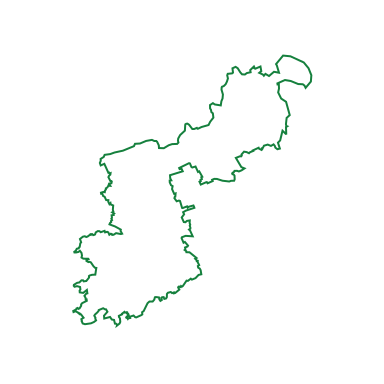 the district of Hama, Hamah, Syria, rotated 345°
{"feature_id": "27442178B84195179221003", "entity_name": "Hama", "entity_type": "district", "adm_level": 2, "iso_a3": "SYR", "parent_name": "Syria", "parent_adm1": "Hamah", "projection": "orthographic", "projection_center": [36.877, 35.227], "detail": "fine", "context": "isolated", "style": "outline", "palette": "green", "viewbox_px": 384, "rotation_deg": 345, "n_neighbors": 0, "source": "geoboundaries", "source_scale": "gbopen_adm2", "svg_char_len": 5986}
<svg xmlns="http://www.w3.org/2000/svg" viewBox="0 0 384 384"><g transform="rotate(345 192 192)"><path d="M257.1,87.1L256.2,88.4L256.1,91.6L254.3,94.4L252.4,96.6L250.1,97.9L248.2,98.1L247.7,98.7L247.0,100.8L247.1,105.8L245.7,109.6L243.9,111.9L242.2,115.8L236.6,113.3L235.2,111.6L231.9,112.7L231.1,116.0L231.6,117.5L231.4,119.8L232.5,121.4L231.9,125.7L227.8,128.8L225.3,131.6L218.0,131.7L214.3,132.4L213.7,132.3L213.3,131.3L210.5,131.7L208.6,131.2L206.6,126.3L205.3,124.8L204.1,124.6L203.1,124.9L202.7,125.8L201.0,130.9L195.3,133.9L192.5,136.8L191.7,138.9L191.7,140.7L190.1,141.7L185.2,140.6L181.7,140.8L176.1,142.4L171.5,141.0L172.0,138.3L171.3,134.5L170.7,133.5L168.8,133.0L166.8,131.3L160.9,130.8L154.3,131.7L149.4,130.7L147.8,132.7L136.0,134.2L127.4,133.8L122.8,134.2L117.2,133.5L115.8,135.3L112.3,136.4L111.9,138.3L110.5,140.1L110.7,142.7L114.6,142.1L116.2,151.8L116.9,151.7L117.3,152.8L118.2,152.7L117.6,154.1L116.2,154.7L115.1,156.0L116.0,160.3L117.0,160.6L117.2,161.2L116.4,162.7L114.1,162.4L113.5,163.3L113.7,164.2L114.5,164.2L114.7,164.9L112.8,164.3L111.4,165.7L109.7,166.2L109.5,167.3L108.4,168.0L107.7,169.6L106.6,169.0L103.9,169.1L103.8,170.2L105.0,170.4L105.1,172.8L106.4,174.0L107.0,177.6L109.1,178.2L108.6,179.7L109.1,182.4L110.4,181.6L110.3,183.0L112.4,184.6L110.9,188.8L111.0,190.7L109.7,191.0L111.1,192.6L110.4,192.8L110.4,193.9L108.3,193.7L108.0,196.3L107.2,196.9L107.5,198.5L106.2,199.1L106.1,200.2L104.7,200.8L103.9,201.9L108.8,205.4L113.5,209.9L112.9,211.1L113.7,214.2L112.4,214.2L108.0,212.1L105.2,213.0L103.8,212.8L103.7,211.9L102.8,211.3L101.1,211.9L100.7,209.3L99.7,208.5L97.6,208.5L97.5,206.9L93.4,207.2L92.5,205.9L90.8,205.4L88.6,206.1L87.4,207.9L86.4,208.1L85.4,208.1L84.8,206.9L83.2,206.5L83.0,207.2L82.4,206.9L79.6,208.0L78.2,208.1L77.0,207.0L75.1,206.9L71.6,208.4L71.9,211.9L70.8,212.7L69.3,216.0L68.3,216.4L68.0,217.1L66.0,217.0L64.6,218.6L62.8,219.3L62.8,220.0L64.3,220.4L66.7,220.5L68.5,219.8L69.5,222.2L69.3,224.9L68.3,226.7L69.8,228.3L74.5,229.6L74.7,230.1L72.4,230.6L72.2,231.3L73.8,232.9L74.9,232.9L76.1,233.8L77.7,238.4L78.9,240.3L79.9,240.6L77.2,246.8L74.0,246.1L71.4,246.2L70.7,246.5L70.4,248.0L66.9,250.6L64.3,250.3L63.9,249.1L62.4,248.7L59.8,250.2L57.5,250.0L53.9,251.1L53.5,252.0L54.0,253.1L56.6,253.2L59.3,254.8L59.0,257.2L57.9,258.2L57.6,259.9L60.8,261.3L65.1,259.4L64.7,262.8L63.5,262.8L61.2,264.5L61.8,266.6L61.5,268.2L62.4,268.4L62.2,269.9L57.2,270.9L55.8,271.9L55.5,273.2L53.3,275.3L52.1,275.5L51.5,274.4L50.3,274.6L49.9,275.4L46.5,276.2L46.5,277.3L48.6,277.0L51.6,279.8L51.2,279.9L52.1,281.2L53.2,281.6L53.6,282.7L54.7,285.4L52.2,286.2L52.3,288.0L52.0,288.2L52.4,290.7L54.4,292.0L60.4,292.7L63.6,292.2L66.1,291.2L65.8,289.3L66.2,288.5L65.6,286.2L66.5,285.3L69.6,283.7L71.3,282.4L71.4,281.9L76.1,281.3L77.6,282.8L78.6,283.1L79.3,285.8L75.0,288.7L74.5,291.5L80.5,291.5L81.5,294.4L83.6,295.4L83.5,299.2L84.5,299.5L85.4,300.7L84.9,301.6L88.0,300.3L89.1,298.9L89.7,295.4L89.1,293.8L89.3,292.7L92.8,292.1L92.8,291.5L95.7,290.3L96.0,291.2L97.7,291.2L97.7,292.0L98.3,291.9L98.3,293.7L98.9,293.6L99.0,295.2L97.0,295.4L97.0,295.9L96.0,296.1L96.1,296.6L96.9,296.9L97.2,298.0L97.8,297.5L99.6,297.7L99.5,296.4L103.6,296.2L104.7,298.2L105.7,298.7L111.2,297.8L112.3,297.4L112.7,295.2L114.5,294.5L120.3,287.9L122.5,286.8L125.7,287.6L127.7,286.2L128.9,284.1L129.9,284.1L132.8,285.3L132.7,287.4L133.3,289.0L134.9,288.5L135.0,286.3L135.9,285.9L137.4,286.2L137.6,288.1L139.5,288.1L140.5,287.0L141.4,284.0L142.6,283.1L145.6,283.1L146.6,284.5L148.5,284.3L148.4,285.2L149.6,285.2L154.5,283.0L153.9,280.6L154.2,280.2L155.0,279.9L156.4,280.9L157.1,280.0L157.8,280.8L158.9,280.4L163.8,276.2L165.0,276.8L168.4,275.4L169.2,276.6L173.1,276.1L176.9,273.8L179.7,273.9L180.1,269.8L179.7,268.0L178.5,266.8L178.4,266.0L178.5,265.0L180.0,264.5L179.3,261.2L179.7,260.1L178.7,259.9L178.8,259.0L177.8,257.3L179.3,256.9L174.0,249.6L171.0,248.7L171.1,247.6L169.9,246.1L170.8,245.6L170.9,243.8L173.5,243.5L174.3,242.8L172.2,238.4L170.7,238.8L170.0,233.8L170.5,233.1L174.5,232.7L181.2,235.0L180.2,228.9L179.4,227.5L180.9,227.0L181.2,226.2L181.1,223.9L181.8,223.2L181.7,221.2L182.5,218.9L179.6,218.6L177.8,219.5L176.3,218.9L175.5,213.9L178.6,211.5L178.2,209.2L181.3,208.4L190.2,207.9L190.2,207.2L189.9,205.4L185.1,205.4L183.7,206.0L183.5,204.6L178.9,205.1L178.3,204.8L178.1,197.6L177.2,196.9L174.8,197.0L173.4,193.4L174.2,192.1L174.7,192.1L175.8,189.1L174.3,189.2L173.5,184.0L174.8,181.3L173.5,180.0L173.0,176.9L173.4,175.2L175.0,175.4L174.5,173.2L175.1,170.1L188.4,169.6L187.9,166.8L186.0,166.7L185.8,165.5L196.6,163.4L197.4,163.9L197.9,167.6L198.6,168.4L202.0,168.3L203.0,174.2L204.3,173.9L205.9,180.0L204.8,180.2L204.9,182.1L203.2,182.6L203.2,183.8L201.9,184.0L202.4,187.1L208.4,186.2L208.9,186.3L209.3,187.6L214.8,186.8L214.6,185.4L216.9,185.1L219.4,185.8L224.4,189.0L230.7,191.5L232.6,191.3L235.6,192.0L236.5,190.8L237.3,187.2L236.8,185.9L235.7,185.3L235.6,184.5L236.2,183.9L237.6,183.6L238.5,182.6L241.0,183.2L242.6,184.3L245.5,183.9L248.8,182.8L246.1,180.7L243.2,170.4L247.6,169.9L248.7,170.3L249.5,169.7L249.5,168.6L252.7,166.5L255.1,167.6L257.1,169.3L258.3,168.6L261.7,168.2L261.5,167.6L267.8,166.5L267.9,167.4L270.1,169.4L271.1,168.6L271.0,167.8L271.9,167.7L273.5,165.9L277.4,165.8L280.2,167.9L283.1,167.1L283.9,168.8L284.0,170.7L285.6,172.8L288.1,172.8L287.8,166.6L290.5,165.0L295.3,156.2L297.6,160.1L298.1,160.1L299.6,153.6L300.9,153.2L300.2,152.7L300.3,150.8L302.6,144.9L306.3,143.0L306.2,129.2L302.3,124.8L301.0,118.1L302.8,114.6L303.8,110.2L302.5,110.2L302.6,109.2L310.7,107.9L316.2,110.4L322.5,115.2L326.9,116.6L328.2,118.3L328.7,120.8L335.4,116.1L337.5,110.1L336.6,102.6L333.5,95.8L322.2,86.4L315.3,83.8L306.3,90.2L306.7,91.7L306.9,99.3L302.3,97.1L296.4,99.9L293.5,96.9L291.5,98.3L290.9,96.9L287.8,94.3L290.2,93.2L290.6,88.5L285.0,89.3L284.1,88.5L284.5,88.0L284.3,86.8L279.8,89.3L279.6,91.5L275.8,91.3L273.5,92.2L270.8,91.3L269.6,88.9L268.2,84.3L266.5,82.4L263.1,83.0L262.5,87.3L261.5,87.8L257.1,87.1Z" fill="none" stroke="#15803d" stroke-width="2"/></g></svg>